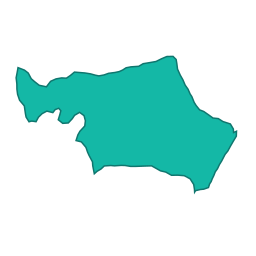 Vatili, Cyprus (Albers equal-area conic projection), rotated 266°
{"feature_id": "46923920B79733432634450", "entity_name": "Vatili", "entity_type": "district", "adm_level": 2, "iso_a3": "CYP", "parent_name": "Cyprus", "parent_adm1": "", "projection": "albers", "projection_center": [33.661, 35.144], "detail": "fine", "context": "isolated", "style": "filled", "palette": "teal", "viewbox_px": 256, "rotation_deg": 266, "n_neighbors": 0, "source": "geoboundaries", "source_scale": "gbopen_adm2", "svg_char_len": 1668}
<svg xmlns="http://www.w3.org/2000/svg" viewBox="0 0 256 256"><g transform="rotate(266 128 128)"><path d="M169.3,20.2L163.2,21.8L157.3,26.1L149.2,26.7L146.0,27.1L141.1,29.7L141.6,32.0L141.4,33.6L140.7,36.7L145.0,39.4L148.3,43.3L150.5,48.2L148.6,54.1L151.5,56.7L152.5,60.3L149.9,62.2L146.0,60.9L141.1,59.0L137.2,63.2L137.2,68.8L141.1,73.0L144.4,75.6L147.0,80.8L143.4,85.0L138.2,86.0L133.0,85.0L128.1,79.8L124.6,77.5L119.1,75.3L117.4,80.5L111.6,84.7L106.7,86.0L103.2,87.3L96.7,90.2L92.8,90.2L84.7,91.2L87.0,94.2L88.9,98.1L91.8,101.7L91.8,108.2L91.2,111.8L91.2,118.6L90.8,122.5L89.5,128.0L89.2,132.3L88.9,141.4L88.6,148.9L85.6,153.5L83.0,157.4L81.4,162.6L77.8,168.1L77.5,174.3L76.5,180.8L73.0,186.4L67.1,189.6L62.3,190.0L59.6,190.0L59.4,190.0L60.2,190.6L60.8,191.1L61.6,195.9L61.7,199.3L63.0,204.1L66.5,205.5L68.7,207.2L71.5,208.5L74.4,210.2L78.2,212.0L81.1,214.4L85.2,216.7L88.5,219.1L94.9,223.0L98.0,225.9L103.0,229.1L107.3,232.0L112.3,235.5L117.2,236.0L116.1,233.0L119.7,233.0L124.9,230.4L127.8,223.2L131.1,218.7L132.0,213.5L135.0,209.9L139.2,204.7L141.1,200.7L145.7,197.5L148.9,195.8L154.8,193.9L157.7,192.3L162.5,190.6L166.8,188.0L172.3,186.1L177.1,183.8L183.3,181.5L188.8,181.2L193.0,180.8L196.3,177.9L196.6,171.7L194.7,166.2L192.4,160.6L191.7,154.1L191.1,147.6L188.8,143.0L188.8,135.2L188.2,130.3L186.2,126.7L184.9,123.2L184.3,118.9L183.9,112.4L182.6,107.8L182.0,102.6L183.0,99.0L184.6,94.5L185.9,88.9L187.5,78.5L184.3,74.0L182.0,70.0L182.6,65.2L182.0,59.6L180.0,54.1L174.8,49.5L176.8,42.4L180.7,38.1L183.9,34.9L189.8,32.3L193.0,28.7L195.9,22.5L190.7,21.2L185.9,19.9L179.7,20.2L174.5,19.9L169.3,20.2Z" fill="#14b8a6" stroke="#0f766e" stroke-width="1.5"/></g></svg>